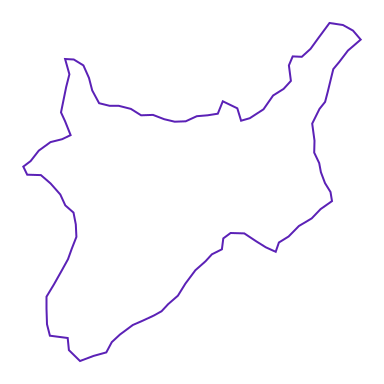 Mauá, São Paulo, Brazil (orthographic projection)
{"feature_id": "56859067B13191510448941", "entity_name": "Mauá", "entity_type": "district", "adm_level": 2, "iso_a3": "BRA", "parent_name": "Brazil", "parent_adm1": "São Paulo", "projection": "orthographic", "projection_center": [-46.443, -23.666], "detail": "fine", "context": "isolated", "style": "outline", "palette": "violet", "viewbox_px": 384, "rotation_deg": 0, "n_neighbors": 0, "source": "geoboundaries", "source_scale": "gbopen_adm2", "svg_char_len": 1326}
<svg xmlns="http://www.w3.org/2000/svg" viewBox="0 0 384 384"><path d="M329.5,23.0L318.7,37.6L310.5,48.9L301.8,56.8L292.7,56.4L288.9,65.4L290.9,80.9L283.6,88.9L273.1,95.5L263.5,109.3L249.8,118.2L241.1,120.7L237.3,108.3L222.8,101.3L217.8,113.7L207.6,115.3L196.8,116.2L185.7,121.3L174.7,121.7L164.2,119.2L153.0,114.9L141.1,115.3L130.9,108.9L118.7,105.8L109.6,105.8L99.1,103.2L92.2,90.4L89.0,78.0L83.4,65.4L73.8,59.5L65.1,59.0L69.4,74.3L66.2,86.9L61.0,112.4L65.1,121.3L70.6,135.1L62.1,139.2L50.5,142.1L38.8,150.6L30.6,161.1L23.3,166.6L27.2,174.7L40.9,175.1L50.6,183.5L60.3,194.5L65.3,205.4L73.5,212.6L75.8,224.4L76.4,236.9L71.7,248.9L68.0,259.2L62.1,269.9L54.0,284.3L46.5,296.7L46.5,308.7L47.0,324.3L49.9,335.7L67.7,338.0L68.9,350.1L80.0,361.0L93.6,355.9L106.3,352.4L111.8,342.1L120.0,334.5L132.8,325.0L142.9,320.6L153.9,315.5L161.6,311.2L168.3,304.0L177.9,295.7L185.4,283.6L195.4,270.2L205.5,261.3L211.9,254.3L221.9,249.3L223.3,238.4L230.6,233.0L244.3,233.4L256.2,241.3L265.8,247.3L275.7,251.8L278.9,242.5L288.6,236.5L298.9,226.0L311.7,218.4L320.6,209.1L332.0,201.1L330.5,192.0L325.0,183.1L320.9,172.2L319.2,163.1L314.2,152.6L314.5,140.7L312.2,123.6L319.5,108.9L325.1,101.9L327.7,92.0L331.1,78.0L333.3,69.1L339.3,61.9L347.9,50.6L360.7,39.6L353.0,30.6L342.9,25.0L329.5,23.0Z" fill="none" stroke="#5b21b6" stroke-width="2"/></svg>